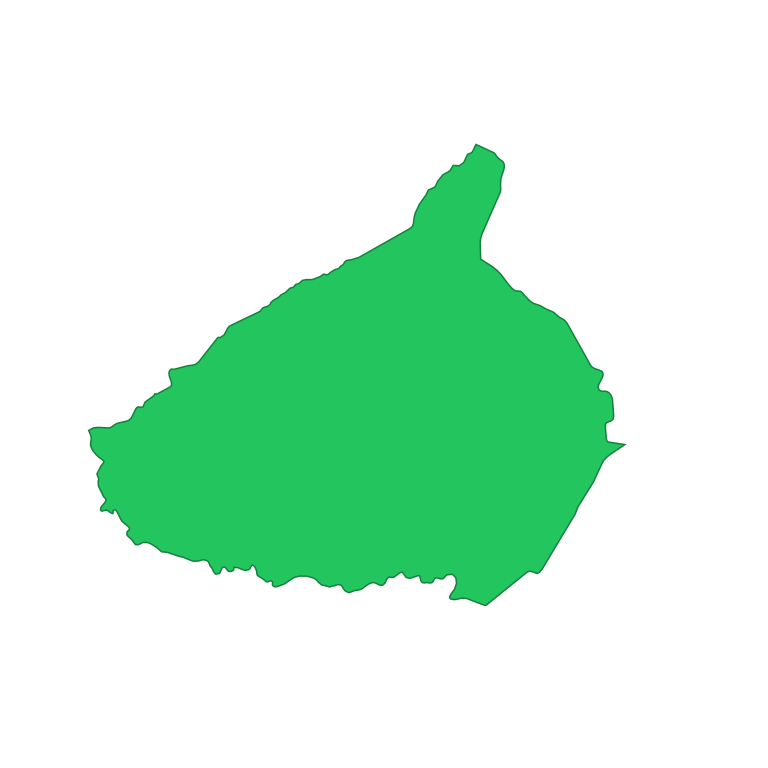 the border of Presidente Hayes, rotated 117°
{"feature_id": "PRY-605", "entity_name": "Presidente Hayes", "entity_type": "Department", "adm_level": 1, "iso_a3": "PRY", "parent_name": "Paraguay", "parent_adm1": "", "projection": "mercator", "projection_center": [-58.464, -23.686], "detail": "fine", "context": "isolated", "style": "filled", "palette": "green", "viewbox_px": 768, "rotation_deg": 117, "n_neighbors": 0, "source": "natural_earth", "source_scale": "10m", "svg_char_len": 5163}
<svg xmlns="http://www.w3.org/2000/svg" viewBox="0 0 768 768"><g transform="rotate(117 384 384)"><path d="M142.3,413.8L141.0,413.5L138.2,411.0L136.9,410.6L128.8,410.8L128.8,410.7L128.1,391.4L128.2,390.3L128.6,389.4L130.4,386.2L131.0,384.5L131.9,379.1L132.7,377.8L133.9,376.5L136.2,375.3L138.1,374.7L148.1,373.0L153.0,370.9L157.3,368.5L159.2,367.7L161.1,367.4L205.9,364.8L210.7,363.9L214.0,362.6L227.7,355.2L228.8,354.5L228.9,354.4L230.2,341.0L231.4,335.1L233.2,329.7L239.4,316.9L240.9,312.6L241.4,310.0L241.0,308.3L239.8,305.6L239.5,304.6L239.5,303.6L243.3,293.3L244.0,290.2L244.3,287.8L243.3,280.6L243.6,273.8L243.1,266.2L243.3,264.5L244.6,259.7L245.0,257.7L245.0,253.9L245.4,251.5L246.7,248.5L273.5,208.5L274.3,206.6L274.6,204.4L274.6,203.7L273.8,196.8L274.0,195.1L274.9,193.9L276.9,192.8L279.2,192.4L287.1,192.4L289.2,192.0L290.7,191.0L291.7,189.1L291.9,187.9L291.7,187.0L289.9,183.4L289.6,182.2L289.5,181.1L289.7,179.6L290.0,178.7L290.7,177.1L291.9,175.4L293.7,173.6L307.9,165.0L309.9,164.3L311.8,163.9L313.2,164.6L314.3,165.4L315.6,166.6L316.7,167.4L317.8,168.1L318.7,168.4L319.4,168.3L322.7,166.7L331.3,161.4L333.4,159.6L333.9,158.7L333.5,156.7L328.6,141.9L344.1,150.5L349.3,152.7L352.6,153.5L354.8,153.7L376.2,152.9L405.7,155.4L412.9,154.6L477.8,159.1L481.3,160.0L483.3,161.5L484.3,168.6L485.4,170.1L487.4,171.4L535.1,192.7L535.8,196.1L537.6,213.1L539.6,217.7L543.1,221.8L544.6,224.3L545.3,227.5L543.9,228.9L540.9,229.0L534.9,228.0L528.6,228.9L524.0,232.1L522.5,236.6L525.4,241.2L526.8,241.8L529.9,242.7L531.1,243.4L531.9,244.9L532.6,248.4L533.4,250.1L534.7,250.7L537.8,250.5L539.1,251.1L540.2,252.3L540.6,253.1L541.5,255.7L542.9,257.7L543.4,259.0L543.3,260.8L542.1,262.3L540.3,263.7L538.9,265.0L539.1,266.5L543.8,270.9L545.6,273.3L546.3,276.4L543.3,282.4L545.4,284.4L551.5,287.4L552.8,289.1L553.7,291.9L555.9,292.8L561.4,292.8L564.0,294.0L565.1,295.9L565.2,298.4L565.2,301.5L566.1,304.0L568.3,306.2L571.1,308.0L576.3,310.5L577.2,311.2L578.4,312.3L581.8,316.8L583.2,317.9L585.5,320.2L586.0,321.1L586.0,324.3L585.8,325.2L585.1,326.8L583.9,328.8L583.1,329.8L582.8,330.8L583.2,333.0L584.0,334.5L586.5,336.7L587.4,338.4L589.3,339.9L589.7,340.7L589.8,341.9L590.8,346.4L591.3,348.0L591.3,349.1L590.8,350.5L590.5,352.3L589.2,355.1L588.9,356.7L588.9,358.6L589.5,361.8L589.7,363.4L590.2,365.5L593.6,372.2L597.4,376.4L607.4,382.0L611.6,385.7L613.7,388.1L614.3,389.3L614.3,390.9L613.6,392.3L611.1,393.3L610.6,394.4L611.0,395.9L612.1,397.0L613.1,397.8L613.6,398.6L613.5,399.8L612.5,404.3L612.2,409.0L611.6,410.5L608.4,412.7L607.9,413.1L607.4,413.9L606.4,415.0L605.4,416.5L604.9,418.3L605.6,419.4L607.3,419.7L609.2,419.6L610.6,419.9L613.1,423.0L613.7,426.7L614.0,430.7L615.4,434.4L618.1,433.5L620.4,435.0L621.5,437.6L620.6,440.0L619.7,441.4L619.5,443.0L620.1,444.2L621.5,444.8L626.5,444.5L627.7,444.8L629.9,447.7L628.6,450.7L626.2,453.6L625.1,456.2L622.6,459.1L622.1,459.9L621.9,460.5L621.9,461.4L622.0,463.4L622.5,464.6L623.0,465.8L625.7,468.7L626.8,470.3L628.3,473.1L628.8,475.1L629.6,484.5L630.7,488.9L632.2,499.7L632.8,501.9L634.4,505.7L634.2,507.2L632.9,512.1L632.3,518.3L632.4,521.4L632.9,523.4L633.9,525.3L634.9,527.2L636.8,528.4L639.0,530.3L639.9,532.7L636.9,538.8L636.3,541.7L635.5,544.1L633.4,545.6L631.8,545.7L630.6,545.2L629.4,544.9L627.7,545.6L627.3,546.7L625.2,555.4L618.1,565.3L618.1,566.2L619.2,567.6L620.5,567.7L621.7,566.9L622.6,566.8L622.9,569.2L622.6,570.9L622.2,572.3L622.2,573.7L623.4,575.4L625.0,577.2L625.5,578.5L624.8,579.4L622.9,580.2L620.0,579.8L616.2,578.8L613.0,579.2L611.6,582.8L604.9,591.7L603.5,592.8L601.8,593.8L600.2,594.6L598.8,594.8L597.7,595.5L595.1,598.4L594.1,599.0L589.5,599.0L585.6,599.0L581.7,598.2L580.0,598.5L579.3,600.6L578.8,604.4L577.6,608.6L575.8,612.6L573.7,615.8L571.8,617.6L570.1,618.5L566.1,619.8L564.1,621.0L562.5,622.4L559.5,626.1L555.3,623.2L552.6,619.4L548.2,609.5L546.5,607.5L542.2,605.3L540.1,603.8L534.0,596.6L532.1,594.9L529.3,593.8L518.4,593.8L516.4,593.2L515.6,591.6L515.1,589.9L514.1,588.6L512.8,588.3L509.7,588.7L508.4,588.6L498.8,583.7L497.0,583.8L495.7,581.5L483.2,572.9L480.7,573.0L478.4,574.7L474.5,578.8L472.8,580.0L471.1,580.9L469.5,581.1L467.7,580.6L467.0,579.7L466.6,578.5L465.7,577.1L456.8,567.1L453.6,562.4L451.9,560.8L448.7,559.2L418.2,553.2L417.5,552.5L417.1,551.3L416.3,550.6L415.2,550.1L414.2,549.3L412.2,548.7L405.2,548.6L402.3,547.8L375.8,527.6L371.4,526.6L370.1,525.6L367.3,522.8L366.0,522.0L365.1,521.8L362.5,521.7L359.8,520.7L354.6,517.3L351.3,516.2L347.4,513.4L341.6,511.4L340.3,510.3L339.6,509.3L338.5,508.5L336.5,508.2L335.1,507.7L333.3,505.5L328.8,503.8L326.5,501.0L323.7,495.6L322.4,494.2L317.0,489.4L313.7,487.9L313.2,486.7L312.9,485.3L312.4,484.2L311.5,483.5L308.5,482.2L305.4,480.3L303.9,479.2L302.4,477.5L301.3,476.7L298.7,476.2L296.4,474.7L292.9,474.3L291.5,473.8L290.5,472.9L288.1,469.5L282.8,464.0L233.0,431.0L230.5,430.3L227.7,430.6L221.2,433.0L217.9,433.7L207.5,434.1L196.7,432.4L192.3,432.6L191.0,432.4L189.6,431.5L186.9,429.1L185.4,428.2L184.1,428.0L179.2,428.2L170.7,426.5L166.1,423.2L163.6,422.0L158.6,421.7L157.8,421.5L155.6,416.6L155.5,415.8L154.2,415.5L151.8,414.1L150.3,413.6L148.7,413.5L142.3,413.8Z" fill="#22c55e" stroke="#15803d" stroke-width="1.5"/></g></svg>